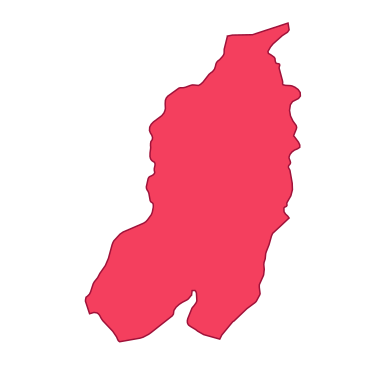 SVG path tracing the border of Lobaye, rotated 260°
{"feature_id": "CAF-795", "entity_name": "Lobaye", "entity_type": "Prefecture", "adm_level": 1, "iso_a3": "CAF", "parent_name": "Central African Republic", "parent_adm1": "", "projection": "albers", "projection_center": [17.683, 4.256], "detail": "fine", "context": "isolated", "style": "filled", "palette": "rose", "viewbox_px": 384, "rotation_deg": 260, "n_neighbors": 0, "source": "natural_earth", "source_scale": "10m", "svg_char_len": 3103}
<svg xmlns="http://www.w3.org/2000/svg" viewBox="0 0 384 384"><g transform="rotate(260 192 192)"><path d="M339.4,253.9L339.5,259.1L336.4,278.8L341.7,315.9L334.8,315.8L332.8,313.8L330.3,308.0L323.8,297.5L321.2,294.5L317.2,291.2L315.2,291.3L313.4,293.5L310.5,296.3L309.1,296.9L306.4,296.7L304.6,297.0L303.9,297.7L303.2,299.8L302.6,300.4L301.5,300.4L299.7,299.5L298.8,299.3L286.1,300.4L284.4,300.4L282.9,300.0L281.8,300.3L280.8,302.5L279.7,307.3L279.1,308.9L277.3,311.6L274.5,314.3L271.2,315.8L267.7,315.4L265.6,313.1L263.6,306.7L260.8,304.0L255.4,302.2L249.8,302.2L244.4,303.7L239.5,306.1L237.5,306.3L236.0,305.7L230.4,302.2L229.5,301.8L228.6,302.5L222.6,305.5L219.6,306.3L217.3,305.9L216.2,303.4L215.5,300.2L214.0,297.3L212.0,295.0L209.5,293.6L208.2,293.5L205.1,294.1L203.6,294.1L202.6,293.5L201.1,291.7L200.0,291.3L198.9,291.3L197.1,292.0L196.2,292.2L183.2,292.2L176.8,291.3L171.1,288.7L165.2,283.8L164.5,283.4L162.3,283.2L161.5,282.5L160.9,280.4L160.2,279.7L156.5,279.2L154.0,280.3L151.6,282.1L149.5,283.1L137.3,264.3L136.2,263.5L134.8,262.6L126.7,258.7L120.5,254.9L118.6,253.9L113.5,252.5L109.9,250.6L109.0,250.4L108.1,250.1L103.2,249.7L98.1,248.2L97.3,247.8L89.2,242.3L88.1,242.0L86.3,241.7L80.1,241.4L79.0,240.9L73.4,236.5L72.7,235.7L72.0,234.6L67.6,225.8L57.7,211.0L57.4,210.2L57.1,209.5L46.0,196.5L42.3,193.8L49.5,178.8L53.9,173.5L55.9,171.7L59.9,167.1L61.6,165.5L63.1,164.9L64.5,164.8L66.3,165.1L68.1,165.9L77.6,171.8L78.7,173.0L79.8,174.4L82.2,176.8L83.4,177.6L84.2,177.9L91.7,178.8L93.3,178.5L94.5,177.9L94.9,175.0L91.4,173.9L90.5,173.7L90.1,173.0L87.4,169.9L86.6,168.3L85.1,163.4L83.6,159.9L81.4,156.4L78.5,153.6L75.0,152.5L73.5,151.1L60.8,127.5L59.4,124.6L57.5,118.6L57.1,115.4L57.1,94.8L58.1,93.8L59.2,93.3L62.3,92.6L68.6,89.8L80.6,81.9L82.5,81.0L84.0,80.4L85.1,80.1L86.8,79.5L88.2,78.7L89.4,77.5L90.0,75.8L90.4,74.5L89.9,70.0L103.0,68.1L104.6,68.5L106.8,69.4L107.5,70.9L109.2,73.3L111.3,74.8L118.8,78.8L120.6,80.3L124.0,84.2L127.9,87.2L134.6,93.9L141.2,98.2L153.8,104.1L156.0,105.4L157.5,106.6L163.0,113.8L164.6,117.3L169.7,138.9L170.7,141.3L172.2,143.3L176.7,148.0L179.0,149.4L183.7,151.2L185.8,151.6L187.4,151.6L188.2,151.1L188.9,150.3L189.6,149.7L190.9,149.3L198.1,149.3L200.2,148.9L201.7,148.2L203.4,147.8L205.0,147.9L212.7,151.1L213.9,152.0L214.5,153.0L215.1,155.3L215.7,156.8L216.8,158.2L217.8,158.7L219.9,158.6L221.6,158.9L225.0,160.3L226.7,160.5L228.0,160.0L228.8,159.0L229.7,158.1L230.6,157.5L231.5,157.1L232.3,156.9L234.4,156.8L237.9,157.5L242.0,158.8L243.3,159.1L244.9,159.2L246.9,159.6L248.8,160.3L250.5,162.0L252.5,162.6L254.8,162.3L257.4,161.3L259.9,160.8L263.2,161.6L265.7,163.5L267.7,166.2L272.4,175.5L274.8,178.2L276.9,179.5L278.8,180.3L283.5,180.9L286.9,181.7L289.0,183.0L290.6,184.8L296.6,197.2L296.7,198.6L296.2,201.6L296.3,203.8L297.2,208.7L297.4,210.8L297.0,212.7L295.8,216.9L296.5,219.0L298.2,221.8L304.9,229.2L306.3,231.6L306.7,232.6L307.4,233.6L309.0,235.4L311.5,236.8L313.9,237.8L315.4,238.8L316.6,240.3L317.5,242.2L320.1,245.5L321.4,246.8L322.9,247.7L327.0,248.5L339.2,253.9L339.3,253.9L339.4,253.9Z" fill="#f43f5e" stroke="#9f1239" stroke-width="1.5"/></g></svg>